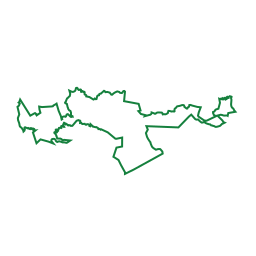 the district of San Marcos Arteaga, Oaxaca, Mexico, rotated 174°
{"feature_id": "50627088B92396547767690", "entity_name": "San Marcos Arteaga", "entity_type": "district", "adm_level": 2, "iso_a3": "MEX", "parent_name": "Mexico", "parent_adm1": "Oaxaca", "projection": "mercator", "projection_center": [-97.907, 17.746], "detail": "fine", "context": "isolated", "style": "outline", "palette": "green", "viewbox_px": 256, "rotation_deg": 174, "n_neighbors": 0, "source": "geoboundaries", "source_scale": "gbopen_adm2", "svg_char_len": 5943}
<svg xmlns="http://www.w3.org/2000/svg" viewBox="0 0 256 256"><g transform="rotate(174 128 128)"><path d="M135.8,82.7L126.8,86.0L96.2,98.9L96.3,101.0L97.8,103.2L98.3,103.7L100.3,103.9L102.5,103.5L104.9,105.4L106.1,106.9L107.1,110.2L107.2,111.5L107.6,112.0L109.2,115.1L110.0,117.2L110.7,121.1L108.5,124.3L109.5,127.9L77.8,123.3L66.2,133.0L63.7,134.7L60.2,129.8L59.2,129.2L58.4,129.1L57.4,129.2L56.1,127.5L55.1,126.5L54.2,125.7L53.7,125.6L52.5,125.8L51.5,125.7L50.8,125.4L50.1,124.7L48.8,124.0L46.6,123.1L45.9,123.0L45.0,121.9L44.0,121.7L43.2,121.2L42.5,121.1L40.9,120.0L39.7,119.9L37.7,120.2L36.1,120.6L34.0,122.3L33.1,122.5L31.3,123.2L32.5,123.9L33.3,125.6L37.8,131.0L34.4,131.5L32.8,131.0L32.1,130.6L31.1,130.3L28.1,130.1L27.6,129.7L26.7,132.4L19.5,132.9L20.6,134.5L21.0,135.8L21.7,136.8L22.3,137.3L22.7,138.1L23.0,139.2L23.0,141.0L22.8,141.8L22.2,145.1L22.2,145.6L22.4,147.1L22.3,147.5L21.7,148.1L21.8,148.3L23.5,149.0L23.9,148.8L24.6,148.3L24.9,147.8L24.9,147.4L25.1,147.4L25.2,147.5L25.3,148.2L26.0,148.7L26.8,148.2L26.3,147.2L26.9,146.5L27.1,146.4L27.7,146.4L28.1,146.1L28.3,146.3L28.7,147.8L28.9,147.9L29.2,147.8L29.4,147.4L30.2,147.2L30.3,146.7L30.7,146.9L30.8,147.5L31.1,147.8L31.5,147.4L31.7,146.8L32.7,147.4L32.9,147.4L33.3,147.0L34.2,147.5L33.9,143.4L36.1,137.7L38.4,137.3L39.3,136.8L39.6,136.3L40.3,135.5L40.8,135.2L41.7,135.1L41.8,134.9L41.8,133.7L41.5,132.9L41.3,132.0L40.3,131.4L39.8,130.9L39.6,130.4L48.3,127.3L49.4,127.0L51.5,127.6L56.6,131.9L57.1,132.9L56.0,136.1L53.5,141.0L56.8,141.7L61.8,143.6L63.4,144.4L64.6,144.4L65.0,143.0L65.2,142.7L66.4,142.2L66.9,141.2L67.4,141.1L68.0,141.5L69.7,143.2L69.6,143.5L70.0,144.7L70.3,144.9L71.1,145.1L72.0,145.1L74.2,144.6L76.8,144.4L77.3,144.1L78.0,143.2L79.5,142.3L80.0,140.8L79.9,139.9L80.2,139.6L82.5,139.9L82.9,139.8L84.9,140.6L86.0,140.8L86.5,139.7L86.8,138.7L88.0,138.1L88.8,137.8L89.6,137.7L90.8,138.0L92.0,137.9L92.2,138.6L92.2,139.0L92.8,139.8L96.2,140.3L97.0,140.3L97.7,140.2L98.5,139.8L99.0,139.4L99.7,139.3L99.9,139.5L102.9,141.0L103.0,140.3L103.5,139.5L104.4,138.9L110.1,138.0L109.4,139.0L113.7,140.6L115.9,143.7L113.7,144.1L114.9,150.9L129.1,155.1L127.2,164.5L127.8,165.2L128.7,165.2L130.4,163.4L132.2,163.8L133.0,164.8L134.9,165.5L137.0,164.8L138.8,163.9L140.2,162.8L141.1,162.9L142.5,165.1L144.7,166.0L146.7,166.0L147.5,167.3L148.0,167.5L151.4,165.0L151.9,165.1L153.1,164.6L153.4,163.6L154.8,163.4L155.3,162.9L156.3,160.1L157.0,160.0L158.0,160.8L158.8,160.1L159.4,159.9L163.1,162.8L166.2,163.8L166.0,164.5L166.2,165.0L166.5,165.4L167.5,165.8L167.7,166.4L167.4,167.9L167.5,168.4L167.8,168.6L168.6,168.5L169.0,168.8L169.1,169.3L169.3,169.5L169.8,169.4L170.4,168.8L170.7,168.8L170.9,168.9L170.8,171.0L171.3,171.3L172.0,171.2L172.6,170.9L173.1,171.0L173.6,171.7L174.1,172.9L174.5,173.3L175.0,173.3L175.6,173.1L175.9,172.2L176.3,171.1L177.0,170.3L178.2,169.8L178.8,169.7L179.8,169.8L180.6,170.2L182.4,171.3L181.9,168.4L182.1,167.2L182.6,165.8L183.7,165.1L184.7,164.2L185.5,163.8L186.5,162.0L187.3,160.3L187.9,160.0L187.9,159.5L187.6,159.1L186.3,158.4L186.1,157.1L185.9,155.2L185.6,154.3L185.4,153.1L184.6,151.7L183.5,151.0L183.1,149.4L183.3,147.0L183.2,146.5L182.8,145.8L182.0,145.6L181.9,145.1L182.4,145.2L182.9,144.9L183.8,145.1L184.9,146.3L185.3,147.0L185.9,147.4L186.4,148.1L187.6,147.8L188.5,146.0L189.1,145.7L190.1,146.2L191.2,146.1L192.0,145.8L192.5,145.3L192.9,144.6L192.5,143.7L193.1,143.4L193.5,146.8L195.2,152.4L196.5,159.7L197.8,159.0L199.8,158.2L200.4,157.5L201.4,157.4L211.3,157.8L214.1,158.6L214.1,155.5L213.5,152.3L217.2,150.3L217.2,150.5L217.4,150.5L217.4,151.0L217.5,151.3L217.9,151.5L218.1,151.4L218.3,152.0L218.5,152.2L218.8,152.5L219.1,152.5L223.9,150.5L232.3,167.6L233.4,165.2L234.1,164.7L233.1,163.7L233.3,163.2L234.2,161.6L235.7,160.6L234.7,152.9L236.5,149.4L236.5,147.3L235.7,144.1L235.5,141.6L235.3,140.8L233.7,139.1L232.5,136.7L232.3,135.4L231.4,136.1L231.4,136.5L231.0,136.8L230.8,137.3L231.0,137.9L230.9,139.2L230.3,139.5L229.1,138.8L228.4,138.6L228.0,138.2L227.2,138.4L226.9,137.9L225.8,137.9L225.7,137.7L225.8,137.3L225.6,137.2L225.0,138.0L224.5,138.1L224.4,138.0L224.6,137.2L224.3,137.1L224.0,137.4L223.0,137.5L222.4,137.4L221.4,136.8L221.3,136.6L221.5,136.3L221.7,136.1L222.4,135.8L222.3,135.4L222.1,135.2L221.9,135.1L221.1,135.2L220.4,135.2L223.0,133.5L220.6,122.4L216.2,125.8L208.6,122.8L203.9,120.4L205.2,122.4L205.5,123.0L205.5,123.7L205.2,124.4L204.6,124.9L203.3,125.0L202.3,124.8L201.5,124.1L201.0,122.6L200.6,122.1L200.2,121.7L199.5,121.5L198.9,121.9L197.6,121.9L196.2,121.4L194.5,120.5L192.9,120.4L190.8,119.7L190.1,119.8L186.7,121.6L190.6,122.4L192.8,122.9L193.9,122.6L194.5,122.8L195.2,123.8L196.3,124.5L199.3,124.9L199.6,125.3L199.8,126.8L200.0,127.1L200.1,127.5L200.0,127.9L200.9,129.9L201.6,130.5L201.7,130.8L201.7,131.3L200.9,131.7L199.4,131.0L199.2,131.1L198.6,132.0L197.8,132.5L197.8,132.8L198.0,133.0L199.9,133.2L200.1,133.5L200.0,133.9L199.6,134.0L197.4,133.7L197.1,134.0L196.8,134.9L196.6,135.3L195.3,135.3L194.4,134.9L194.2,135.0L194.1,135.3L194.3,135.7L194.3,136.7L193.9,136.9L192.9,136.9L191.7,135.8L191.4,135.8L192.3,137.8L191.1,139.9L190.7,139.8L190.4,139.3L189.7,139.0L190.0,138.2L189.8,138.0L189.6,138.0L188.7,138.3L188.0,137.8L187.6,137.0L187.3,137.0L186.8,137.1L186.5,136.7L185.6,136.9L184.9,136.5L184.5,136.0L183.8,136.1L183.1,136.0L178.3,140.6L176.6,141.0L176.4,141.0L175.8,140.4L175.2,140.5L174.7,139.9L174.8,139.1L175.0,138.6L175.1,138.1L174.3,138.2L173.9,138.0L173.8,137.4L172.9,136.7L170.6,136.7L170.1,136.0L169.7,135.7L169.2,135.6L168.3,136.1L166.4,135.6L166.1,135.0L166.2,134.1L165.3,133.6L164.4,134.5L164.4,135.2L163.3,133.9L163.0,133.7L162.8,133.4L162.8,133.1L159.9,132.1L159.4,132.2L158.8,131.8L158.7,131.6L158.1,131.3L157.8,130.8L157.6,130.7L157.5,130.3L157.5,130.0L156.9,129.9L156.2,130.0L155.4,129.2L154.8,129.5L148.6,125.8L141.7,118.7L140.7,118.5L134.8,119.1L135.8,110.2L141.5,109.7L145.5,100.9L140.8,97.2L138.9,92.0L135.6,84.2L135.8,82.7Z" fill="none" stroke="#15803d" stroke-width="2"/></g></svg>